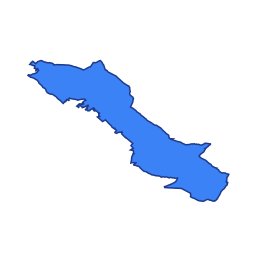 Grozesti, Mehedinti, Romania, rotated 7°
{"feature_id": "2599482B51368795082410", "entity_name": "Grozesti", "entity_type": "district", "adm_level": 2, "iso_a3": "ROU", "parent_name": "Romania", "parent_adm1": "Mehedinti", "projection": "equal_earth", "projection_center": [23.327, 44.633], "detail": "fine", "context": "isolated", "style": "filled", "palette": "blue", "viewbox_px": 256, "rotation_deg": 7, "n_neighbors": 0, "source": "geoboundaries", "source_scale": "gbopen_adm2", "svg_char_len": 5782}
<svg xmlns="http://www.w3.org/2000/svg" viewBox="0 0 256 256"><g transform="rotate(7 128 128)"><path d="M153.8,121.9L153.6,121.6L149.7,119.6L146.4,118.3L145.4,117.6L145.0,117.0L143.4,116.1L140.8,114.4L139.2,113.6L138.1,112.3L137.2,112.1L136.2,111.5L134.9,110.9L133.7,109.7L132.2,108.9L131.3,108.2L127.9,106.8L129.3,102.7L129.6,101.4L129.6,99.1L129.9,98.3L129.8,98.0L129.6,97.9L129.1,96.9L125.8,94.8L125.5,93.8L125.4,92.8L125.8,91.6L125.3,90.3L124.9,88.8L124.8,87.7L124.5,87.2L123.9,86.7L123.5,86.1L122.9,86.2L118.0,83.8L110.3,78.4L110.2,78.1L100.9,74.6L100.5,73.8L99.3,73.1L99.0,73.3L98.2,72.8L96.1,68.3L95.2,67.5L94.5,66.4L93.2,65.1L92.2,64.4L90.1,65.6L89.3,66.4L87.7,67.2L85.8,67.2L85.5,67.3L85.3,67.7L84.8,68.9L83.3,71.8L82.1,72.2L80.0,73.6L78.7,74.7L76.7,75.8L76.2,75.7L74.4,75.0L70.0,74.1L69.0,73.8L66.2,73.6L65.0,73.2L63.0,72.9L61.6,72.8L55.8,73.2L51.3,73.6L51.0,73.8L49.7,73.7L48.2,74.2L46.5,74.3L46.4,73.7L44.5,72.8L44.0,73.0L42.2,72.7L41.0,73.0L39.1,73.0L38.2,72.6L37.0,72.7L36.3,72.5L34.6,71.8L33.3,71.7L30.4,73.1L30.0,73.5L29.9,73.8L29.6,74.1L29.0,74.9L28.7,75.3L25.3,73.4L23.6,75.3L23.8,75.4L22.8,76.9L23.9,76.9L25.7,77.5L26.0,77.4L27.0,77.7L27.8,77.6L28.1,77.8L27.8,80.2L29.3,80.3L29.7,80.4L29.5,82.3L30.1,82.0L30.6,80.4L30.8,80.4L30.9,80.1L31.1,80.1L31.1,80.4L32.2,81.7L31.0,83.4L30.9,84.0L29.7,84.7L29.1,85.2L26.7,86.1L26.2,86.4L25.7,87.1L25.2,87.3L22.7,87.3L22.3,88.0L25.2,89.5L26.7,89.6L28.7,90.1L30.6,91.1L31.8,91.5L32.6,92.1L33.3,93.0L33.7,93.3L34.0,94.0L34.5,94.6L37.2,96.4L37.3,96.7L38.0,97.2L38.4,97.9L38.9,98.3L39.1,98.4L39.8,98.4L41.4,99.5L42.8,102.0L43.7,102.8L46.4,103.8L48.3,103.7L49.7,104.1L51.7,105.2L52.4,105.4L53.2,106.0L54.4,107.2L55.9,108.2L57.7,109.1L59.9,111.0L60.8,111.5L61.6,110.0L61.9,110.1L62.2,109.7L63.0,109.3L63.2,108.8L62.8,108.6L63.2,108.2L63.6,107.3L63.9,107.3L64.3,107.0L64.5,107.0L65.1,107.8L65.7,107.9L66.1,107.6L65.9,107.4L65.5,107.4L65.5,107.1L65.7,106.8L65.7,106.5L66.2,105.4L67.0,105.8L74.2,106.1L74.5,106.5L74.8,106.6L75.4,106.2L77.8,105.3L79.5,104.9L81.5,104.6L82.7,105.6L81.8,106.1L80.7,107.1L80.2,107.7L79.8,108.4L80.6,108.7L80.7,109.1L81.0,109.5L80.6,109.8L79.9,109.8L79.8,109.6L79.6,109.6L79.5,110.3L78.4,109.8L77.8,110.1L77.5,109.9L77.0,109.9L76.4,110.3L74.5,112.6L75.9,113.2L76.3,113.6L76.6,113.3L75.9,112.9L76.1,112.7L76.4,112.7L76.4,112.4L76.5,112.2L77.6,111.3L78.7,112.0L80.1,113.1L80.2,113.3L81.0,112.7L81.4,112.9L83.5,111.6L85.5,110.2L86.0,111.0L85.6,111.3L85.1,112.1L85.2,112.4L84.5,113.1L84.6,113.4L85.1,113.3L84.9,113.9L84.5,114.2L83.7,114.5L83.5,114.9L83.7,115.2L85.1,115.2L85.9,115.5L86.0,115.8L87.4,115.6L87.3,115.4L87.6,115.3L88.5,114.7L88.5,114.2L89.8,113.5L91.1,112.4L91.5,112.4L92.0,112.6L92.5,113.2L91.1,113.9L92.2,115.0L92.6,115.2L93.2,115.2L93.6,114.5L94.1,114.6L94.9,115.1L97.0,116.8L97.3,116.5L97.9,116.8L97.2,117.7L97.6,118.5L97.4,119.1L97.6,119.4L98.4,120.0L96.9,120.5L96.3,120.8L102.0,124.7L104.6,122.7L108.5,125.9L111.5,128.2L111.8,128.9L113.9,130.2L114.7,129.8L115.1,129.9L115.2,130.9L116.9,131.7L116.6,132.5L115.5,133.8L115.6,134.2L117.3,134.7L119.6,133.2L119.9,133.3L120.8,133.3L121.4,133.1L122.4,132.5L122.8,133.0L122.2,133.5L122.6,133.7L122.7,134.0L122.5,134.6L125.8,137.3L127.1,137.9L127.2,138.2L127.7,138.2L134.7,142.8L133.5,144.3L133.1,145.2L135.7,147.4L134.8,148.0L133.1,149.5L134.2,149.6L136.0,149.6L136.0,150.0L136.5,151.6L136.6,152.3L136.2,152.9L136.9,153.0L136.0,154.1L135.3,156.0L135.3,160.1L135.1,162.4L136.5,161.8L140.0,161.7L139.5,162.3L138.7,163.0L138.2,163.6L138.3,164.1L140.1,164.2L141.1,164.5L141.7,164.5L143.7,165.0L144.4,165.4L144.8,166.0L147.6,168.1L149.1,169.0L151.7,169.2L152.0,169.6L152.9,169.8L153.0,170.0L153.5,170.2L153.7,170.5L155.4,170.7L157.2,171.6L158.9,171.6L161.2,172.0L161.9,171.7L162.6,172.0L164.8,171.8L165.8,172.1L167.1,172.8L168.4,172.2L169.5,172.1L170.1,172.3L171.9,171.9L172.5,171.9L175.0,172.5L175.6,171.9L181.9,172.1L183.2,171.7L183.1,172.9L182.8,173.7L182.2,174.6L182.0,175.3L181.5,175.8L178.4,178.1L177.8,178.3L177.0,178.8L176.6,179.3L176.1,179.3L172.7,181.2L171.8,181.6L170.7,181.9L171.7,181.9L171.6,182.3L171.7,182.6L175.9,182.4L187.9,181.5L188.7,181.6L197.9,185.1L198.6,187.6L198.3,188.2L199.0,189.0L203.1,190.0L203.6,190.3L206.8,191.5L211.4,191.6L212.8,191.0L214.6,189.6L215.7,189.2L216.9,189.2L217.8,189.7L218.7,189.6L219.9,189.8L220.6,190.2L221.8,190.1L222.3,189.7L223.0,190.0L224.5,188.5L224.9,187.6L225.4,187.4L225.4,186.9L226.1,185.3L227.1,183.2L228.1,179.9L229.6,177.6L230.3,177.1L230.8,176.5L231.7,174.9L232.0,173.8L233.2,172.8L233.6,170.2L232.9,170.4L232.4,170.1L232.6,169.0L232.1,169.0L232.4,166.4L232.1,165.4L232.2,165.0L232.7,164.3L233.3,163.0L233.7,161.7L233.2,161.5L231.4,161.4L229.9,160.8L228.1,160.9L227.0,161.1L226.3,161.0L224.3,160.2L223.8,159.8L223.1,158.6L220.1,157.0L220.3,156.9L218.6,156.6L217.7,156.2L216.6,155.9L216.1,155.6L214.7,154.0L213.1,153.4L212.0,152.6L211.3,152.3L210.4,151.5L209.1,150.6L204.4,149.0L202.0,147.4L202.5,146.2L202.8,145.9L202.7,145.7L205.3,143.2L205.9,142.7L206.2,142.3L206.6,141.1L207.2,139.8L207.1,139.5L207.4,138.9L207.2,138.8L208.0,138.5L209.2,136.8L209.5,136.7L210.5,135.6L210.8,135.1L211.5,134.6L211.8,134.1L211.7,133.7L209.2,133.7L208.0,133.6L207.3,133.8L206.5,133.7L206.0,133.9L205.9,134.3L205.7,134.5L204.9,134.8L204.1,135.4L202.9,136.0L201.8,136.1L200.3,135.6L198.9,135.8L197.7,135.6L197.0,136.0L195.8,135.6L195.2,135.8L194.7,135.8L194.3,136.0L193.9,135.9L193.4,136.1L192.6,136.1L191.2,136.8L190.1,137.1L189.1,137.2L187.5,137.7L186.2,137.2L183.7,136.6L183.2,136.2L182.3,135.7L178.5,135.3L172.8,134.1L173.9,133.3L171.2,133.5L170.1,133.0L169.9,132.2L169.6,131.7L169.4,130.5L169.0,130.1L168.3,129.6L166.6,128.9L165.4,127.8L163.0,126.2L161.4,124.8L160.8,124.4L160.4,123.9L159.0,123.5L158.4,122.9L157.7,122.8L155.9,121.8L153.8,121.9Z" fill="#3b82f6" stroke="#1e3a8a" stroke-width="1.5"/></g></svg>